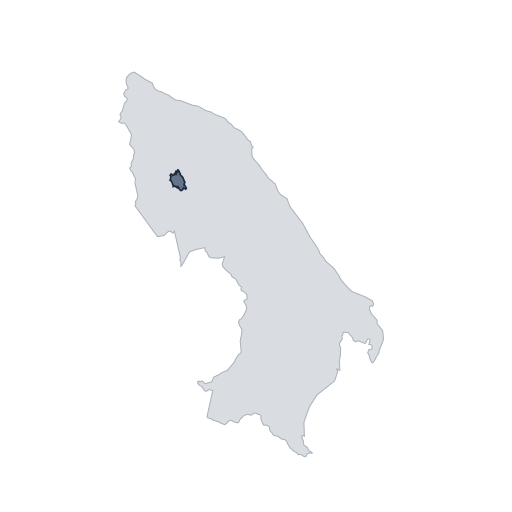 Paucartambo, Cusco, Peru shown in context, rotated 167°
{"feature_id": "86281439B72784044291382", "entity_name": "Paucartambo", "entity_type": "district", "adm_level": 2, "iso_a3": "PER", "parent_name": "Peru", "parent_adm1": "Cusco", "projection": "equal_earth", "projection_center": [-71.544, -13.17], "detail": "fine", "context": "in_parent", "style": "filled", "palette": "slate", "viewbox_px": 512, "rotation_deg": 167, "n_neighbors": 0, "source": "geoboundaries", "source_scale": "gbopen_adm2", "svg_char_len": 7499}
<svg xmlns="http://www.w3.org/2000/svg" viewBox="0 0 512 512"><g transform="rotate(167 256 256)"><path d="M341.4,144.9L341.3,146.4L339.9,147.1L338.7,146.0L336.8,146.4L334.0,142.9L327.3,143.5L324.4,147.5L320.0,148.4L315.1,150.2L309.7,151.0L301.1,157.4L299.2,160.0L295.3,163.8L292.1,165.1L290.5,176.7L287.5,183.5L286.2,187.2L287.9,192.8L287.9,195.6L286.2,197.8L284.7,198.0L281.8,200.4L277.5,205.6L276.7,209.5L278.1,214.7L277.6,215.3L274.0,216.3L274.1,219.2L273.4,220.3L276.4,224.5L278.1,225.4L278.2,226.5L277.9,227.6L277.3,228.0L277.2,228.9L279.4,232.0L281.0,238.2L284.2,241.2L284.3,243.2L285.2,245.2L286.9,246.7L290.7,252.9L290.8,255.7L286.8,262.3L293.4,262.3L300.7,264.6L301.8,265.6L302.6,268.6L302.7,270.5L304.2,272.1L304.1,275.7L313.7,275.8L319.9,274.9L330.0,263.8L331.6,262.9L330.8,265.3L330.6,267.1L331.2,269.0L330.0,271.7L329.9,298.5L331.7,297.0L334.1,299.5L335.8,299.7L341.3,296.6L347.7,297.1L362.6,332.1L361.2,334.4L361.3,336.2L359.5,337.8L357.6,340.6L357.5,354.4L356.0,358.6L356.8,360.8L357.6,365.2L359.0,367.8L359.3,369.5L359.1,370.2L357.1,371.6L356.9,374.2L353.2,379.1L352.5,382.4L351.1,383.5L350.9,387.3L354.2,393.4L352.0,397.0L350.0,402.4L353.4,413.8L354.7,415.4L356.2,415.3L358.4,416.3L359.6,418.0L356.8,420.1L356.4,421.1L356.6,424.8L353.6,427.6L349.6,434.7L348.5,435.1L346.5,437.2L346.2,438.3L346.5,439.3L348.2,441.4L348.4,444.0L345.5,447.2L343.5,447.5L342.7,448.4L343.5,452.7L343.5,454.7L342.9,457.0L341.5,459.5L337.2,462.2L333.3,462.6L326.8,456.1L324.7,453.4L318.2,447.9L317.2,442.1L315.0,439.3L311.0,437.1L307.8,434.1L305.4,432.8L299.5,426.2L294.1,424.1L284.0,417.2L278.5,414.9L271.6,408.5L267.8,406.7L264.8,403.7L255.6,397.3L254.2,395.3L252.7,392.1L250.7,390.2L248.4,385.8L245.0,383.3L241.7,379.9L237.6,370.8L235.7,368.7L235.5,364.5L234.2,362.6L236.1,361.3L237.3,354.8L236.7,351.6L232.0,342.9L231.0,339.3L227.6,332.6L226.3,328.6L223.6,325.7L222.4,323.2L220.9,322.1L220.8,319.0L219.7,313.2L218.2,310.2L212.8,304.7L212.2,298.7L211.0,294.5L203.3,277.7L198.8,261.4L195.1,252.4L193.5,247.1L193.4,244.4L190.6,239.5L189.1,235.1L182.9,226.6L179.3,217.2L178.8,214.4L176.3,209.2L172.3,202.5L170.4,199.7L158.5,191.4L152.9,186.3L152.2,183.7L152.5,182.2L153.7,180.7L155.4,181.8L156.4,181.4L157.2,179.5L157.2,176.7L156.2,173.1L152.4,166.1L153.3,162.9L149.4,154.8L150.3,146.9L151.2,144.9L156.9,136.8L158.4,133.4L160.9,131.3L163.4,128.1L166.4,125.6L167.3,126.4L168.2,130.7L168.1,133.6L168.9,136.7L166.8,139.6L164.6,139.0L163.7,139.8L163.3,141.1L163.7,143.3L164.3,144.2L166.0,144.3L163.7,148.5L163.9,149.3L165.5,150.1L167.0,149.0L168.6,146.6L169.6,146.3L175.4,150.4L178.1,149.9L180.2,151.8L180.4,154.8L183.3,160.6L187.6,162.1L188.4,161.6L189.3,159.4L190.3,159.1L190.5,155.8L194.2,152.3L194.7,149.9L194.2,148.3L194.3,146.9L196.4,139.2L197.1,138.4L197.8,136.0L198.6,134.4L199.9,125.8L200.9,125.9L201.9,127.9L203.0,127.4L202.4,125.4L202.6,124.7L206.7,117.8L208.0,116.4L228.0,106.8L237.9,97.0L246.7,83.3L249.4,69.5L250.4,70.5L252.1,70.1L251.5,64.6L251.9,61.9L251.9,61.1L249.1,57.8L248.0,54.1L245.6,52.0L245.7,51.2L248.3,52.0L250.6,51.7L252.5,49.4L254.0,49.6L257.3,52.7L259.7,53.0L260.5,55.2L262.8,56.9L266.2,61.7L267.7,66.9L267.6,67.8L269.1,70.6L272.3,71.9L275.6,75.7L278.9,76.9L280.4,80.4L281.3,81.5L281.8,83.4L281.3,85.8L281.8,87.0L284.2,89.1L286.4,89.2L286.8,90.1L288.0,95.8L287.2,98.7L287.5,100.3L290.3,101.7L291.2,103.0L293.3,103.2L296.5,102.0L300.4,103.8L303.4,103.1L304.7,102.7L306.1,101.4L307.3,101.4L310.4,97.8L311.2,97.5L314.5,99.1L317.3,101.6L320.6,101.1L322.0,99.6L324.5,98.7L328.9,101.8L329.9,103.2L331.1,103.5L335.9,106.6L336.7,107.8L339.2,109.0L339.8,110.0L339.6,111.1L328.4,134.6L331.9,136.5L335.1,135.3L336.8,136.9L338.0,140.7L340.5,143.2L341.4,144.9Z" fill="#d9dde1" stroke="#a8b0b8" stroke-width="1"/><path d="M311.8,355.7L311.9,355.8L311.8,356.1L312.0,356.3L312.1,356.6L312.2,356.8L312.4,357.0L312.5,357.1L312.4,357.2L312.5,357.4L312.7,357.5L312.9,357.6L313.1,357.3L313.5,356.8L313.5,356.7L313.4,356.3L313.4,356.0L313.6,356.0L313.6,355.9L313.7,356.0L313.8,355.9L314.1,355.9L314.3,356.0L314.3,355.9L314.5,356.1L314.5,356.3L314.6,356.5L314.9,356.7L315.0,356.5L315.2,356.3L315.3,356.2L315.4,355.9L315.2,355.6L315.3,355.4L315.2,355.0L315.2,354.8L315.3,354.7L315.2,354.5L315.2,354.2L315.1,353.8L315.3,353.7L315.5,353.5L315.6,353.8L315.8,353.8L315.9,354.1L316.0,354.4L316.4,354.6L316.5,354.7L316.6,354.9L316.9,354.9L317.1,354.6L317.1,354.4L317.2,354.2L317.4,353.9L317.5,353.8L317.5,353.6L317.6,353.3L317.8,353.4L318.0,353.4L318.1,353.6L318.3,353.6L318.5,353.5L318.9,353.5L319.0,353.6L319.3,353.8L319.4,353.7L319.4,354.1L319.5,354.1L319.9,354.3L319.9,354.5L320.1,354.6L320.2,354.9L320.5,354.9L320.5,355.0L320.7,354.9L320.8,354.8L320.8,354.7L321.0,354.3L321.2,354.2L321.3,354.2L321.5,354.0L321.4,353.9L321.4,353.6L321.4,353.4L321.4,353.2L321.3,352.8L321.2,352.7L321.1,352.3L321.2,352.1L321.3,352.1L321.4,351.8L321.3,351.7L321.5,351.3L321.6,351.1L321.7,350.8L321.8,350.7L322.0,350.4L321.9,350.2L322.0,350.0L322.3,349.9L322.3,349.7L322.5,349.5L322.8,349.0L322.5,348.8L322.4,348.8L322.3,348.6L322.2,348.6L321.8,348.5L321.7,348.3L321.6,348.0L321.6,347.8L321.5,347.7L321.5,347.3L321.5,347.0L321.4,346.6L321.4,346.3L321.4,346.2L321.2,346.0L321.1,345.8L321.1,345.6L321.1,345.3L321.2,345.0L321.2,344.7L320.9,344.5L321.0,344.2L321.1,343.8L321.1,343.7L320.9,343.3L320.9,343.2L321.0,342.9L321.1,342.5L320.9,342.6L320.7,342.6L320.6,342.3L320.4,342.4L320.2,342.4L320.1,342.5L319.9,342.6L319.7,342.5L319.6,342.4L319.6,342.5L319.5,342.4L319.4,342.4L319.3,342.2L319.3,342.3L319.3,342.2L319.2,342.2L318.9,342.1L318.8,341.9L318.7,341.8L318.7,341.7L318.4,341.4L318.3,341.1L318.2,340.9L317.9,340.6L317.8,340.8L317.6,341.0L317.4,340.8L317.2,340.6L317.0,340.8L316.9,340.9L316.9,340.6L316.7,340.6L316.8,340.4L316.7,340.4L316.7,340.5L316.6,340.4L316.5,340.5L316.5,340.4L316.4,340.3L316.4,340.2L316.5,340.0L316.4,339.7L316.2,339.7L316.3,339.6L316.4,339.4L316.2,339.3L316.2,339.2L315.8,338.7L315.7,338.4L315.5,338.1L315.5,337.9L315.4,337.7L315.1,337.6L314.9,337.4L314.7,337.3L314.7,337.2L314.7,336.8L314.6,336.7L314.5,336.8L314.4,336.6L314.0,336.6L313.8,336.5L313.6,336.6L313.4,336.7L313.2,336.7L313.1,336.9L312.9,337.0L312.4,337.2L312.2,337.4L312.3,337.6L312.2,337.7L312.2,337.9L312.1,338.0L311.9,338.3L311.8,338.5L311.7,338.5L311.4,338.7L311.2,338.5L311.2,338.4L311.1,338.0L310.9,338.0L310.7,338.0L310.4,337.7L310.1,337.4L310.1,337.5L309.8,337.4L309.7,337.4L309.3,337.3L309.1,337.2L309.0,337.3L308.8,337.3L308.7,337.5L308.5,337.8L308.8,338.1L308.9,338.3L308.9,338.5L309.2,338.7L309.2,338.8L308.9,338.9L308.9,339.0L308.9,339.4L309.0,339.5L309.2,339.8L309.2,340.2L309.3,340.3L309.4,340.5L309.4,340.8L309.6,340.9L309.7,341.1L309.8,341.1L309.7,341.2L309.8,341.4L310.0,341.5L310.1,341.8L310.0,342.3L309.9,342.4L309.7,342.4L309.7,342.5L309.7,342.9L309.3,343.1L309.1,343.1L309.0,343.3L308.9,343.5L308.7,343.7L308.7,343.9L308.6,344.0L308.8,344.2L308.8,344.3L309.0,344.5L309.0,345.0L309.0,345.3L309.2,345.5L309.1,345.8L309.4,346.1L309.4,346.3L309.3,346.5L309.2,346.6L309.2,347.0L309.3,347.2L309.3,347.3L309.3,347.5L309.5,347.7L309.6,347.9L309.4,348.4L309.5,348.5L309.7,348.9L309.7,349.0L309.8,349.2L309.9,349.3L309.9,349.5L310.0,349.5L310.0,349.8L309.9,350.0L310.0,350.2L310.1,350.3L310.4,350.3L310.5,350.3L310.7,350.8L310.8,351.0L311.1,351.3L311.2,351.5L311.3,351.8L311.5,351.9L311.5,352.0L311.7,352.4L311.7,352.5L311.4,352.7L311.2,352.9L311.3,353.0L311.5,353.1L311.5,353.3L311.7,353.5L311.7,353.8L311.5,354.0L311.7,354.3L311.7,354.9L311.8,355.2L311.8,355.7Z" fill="#64748b" stroke="#1e293b" stroke-width="1.5"/></g></svg>